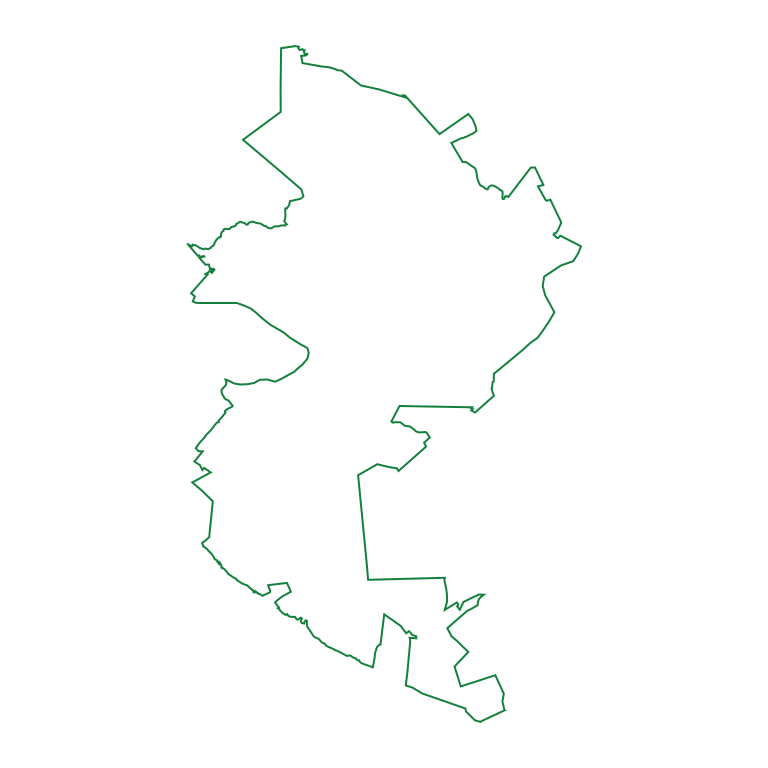 outline of Tzimol, Chiapas, Mexico
{"feature_id": "50627088B1197816312521", "entity_name": "Tzimol", "entity_type": "district", "adm_level": 2, "iso_a3": "MEX", "parent_name": "Mexico", "parent_adm1": "Chiapas", "projection": "albers", "projection_center": [-92.266, 16.109], "detail": "fine", "context": "isolated", "style": "outline", "palette": "green", "viewbox_px": 768, "rotation_deg": 0, "n_neighbors": 0, "source": "geoboundaries", "source_scale": "gbopen_adm2", "svg_char_len": 6098}
<svg xmlns="http://www.w3.org/2000/svg" viewBox="0 0 768 768"><path d="M446.2,588.8L444.4,580.3L444.9,577.8L368.1,579.8L366.8,564.3L358.1,475.2L377.3,464.2L383.2,465.7L390.3,467.3L396.9,468.3L398.5,471.0L426.1,446.6L424.1,442.7L429.8,437.5L427.3,433.7L426.0,432.3L425.1,432.0L420.5,432.4L418.8,432.3L417.2,431.9L415.9,431.3L413.2,428.8L409.5,426.3L405.8,426.0L404.5,425.6L400.4,422.3L395.5,422.2L392.6,422.6L391.4,421.5L399.5,406.0L472.0,407.3L471.0,408.2L472.8,409.1L471.3,410.4L475.1,412.5L493.9,395.8L491.7,389.5L492.7,381.9L493.7,381.5L493.9,373.8L522.5,350.1L530.6,342.7L537.3,338.0L541.1,333.2L547.8,323.4L554.4,312.3L545.2,295.3L542.7,286.0L544.2,276.6L560.7,265.6L573.3,261.1L578.2,253.4L581.0,246.3L560.3,235.7L558.0,238.1L557.5,238.1L556.4,237.4L553.6,234.7L554.4,233.3L555.7,233.3L557.9,230.2L561.3,222.6L550.3,199.6L546.7,200.8L545.4,199.7L538.0,186.3L543.4,185.0L535.0,167.5L530.8,167.6L508.3,197.0L506.6,196.1L505.9,196.0L505.2,196.5L504.0,198.9L502.8,199.0L502.4,197.9L502.3,196.3L502.6,195.4L502.6,193.1L502.3,191.1L499.7,189.6L498.0,188.2L496.0,186.9L493.4,185.6L492.0,185.5L490.5,185.7L489.0,186.9L488.3,187.8L487.8,189.2L486.5,189.3L483.1,186.8L480.2,185.2L479.5,184.0L477.5,179.3L476.9,175.9L476.6,173.2L476.2,171.3L475.3,168.7L473.7,167.2L472.6,166.7L466.2,162.1L462.6,162.0L451.3,142.9L461.5,138.2L463.2,138.0L465.9,136.7L466.9,136.5L470.5,134.6L472.5,133.8L476.5,130.9L475.9,127.8L475.1,125.1L472.5,119.0L468.3,114.0L439.5,134.1L404.9,95.4L403.4,95.4L404.9,97.3L377.8,89.1L376.3,88.9L371.9,87.8L361.0,85.5L341.8,70.7L338.3,70.3L332.3,68.2L328.2,67.1L323.1,66.7L302.5,63.1L301.1,55.9L305.3,55.6L307.3,54.4L307.2,53.8L305.0,54.2L304.6,53.9L304.1,52.4L304.5,50.3L303.5,50.7L302.5,49.1L299.7,50.0L298.3,48.3L298.9,46.8L295.4,46.1L281.1,48.2L280.6,87.4L280.7,111.9L243.0,139.8L279.6,170.7L301.4,189.5L303.4,196.5L300.5,198.8L289.9,201.2L289.2,205.0L289.0,205.4L287.0,208.3L286.6,208.5L286.3,208.2L285.5,208.3L285.2,209.1L285.3,214.2L285.5,214.6L285.3,216.4L285.5,216.8L284.3,221.4L286.7,224.3L285.7,224.5L284.9,225.7L284.4,225.4L281.0,225.5L278.1,226.4L274.4,226.3L272.8,227.5L270.6,228.5L267.3,227.5L265.8,226.1L264.4,225.9L263.3,225.3L260.9,223.7L256.3,222.9L253.0,221.6L251.5,221.8L248.9,222.8L248.1,223.6L247.5,224.7L246.5,224.6L244.1,222.8L242.2,222.5L241.1,221.9L239.8,221.8L237.9,223.3L236.3,223.9L235.9,225.3L234.4,226.4L231.6,226.9L230.3,228.1L229.7,229.0L229.2,229.2L225.0,228.8L223.6,229.5L223.6,230.8L222.0,231.8L220.9,234.1L220.9,236.0L220.7,236.9L220.3,237.2L219.9,236.9L219.2,237.3L216.6,239.5L214.5,243.0L214.4,243.9L213.1,245.9L212.6,246.0L211.4,246.9L210.6,248.0L208.0,249.1L205.2,248.5L203.8,249.2L203.2,249.2L201.9,248.8L201.2,248.3L200.0,248.2L198.7,247.2L195.5,245.2L193.9,245.2L192.8,244.7L192.1,246.0L190.4,245.4L191.1,246.1L190.8,246.1L187.0,243.6L187.8,244.2L197.8,255.8L199.1,255.4L200.1,256.9L203.7,256.0L204.2,256.5L199.4,257.8L205.4,264.7L209.0,264.6L209.9,268.6L213.5,268.8L214.4,269.6L211.9,272.8L210.4,271.5L212.3,269.1L210.7,269.2L208.7,272.1L205.6,274.0L207.6,274.5L191.1,293.2L194.8,296.4L192.8,301.5L195.8,302.8L199.3,303.0L236.9,303.0L243.9,305.5L250.8,308.5L256.2,312.8L262.7,318.7L270.6,324.9L283.6,332.5L290.0,337.7L300.0,344.0L306.8,347.7L307.8,349.0L308.7,353.0L307.4,358.7L302.3,364.8L297.8,368.4L294.0,372.0L288.5,374.8L281.9,378.6L275.4,381.6L273.2,381.2L267.4,379.5L259.8,379.8L254.3,382.9L247.5,384.2L240.3,384.5L234.1,383.5L228.2,380.4L225.5,379.6L226.4,382.2L226.2,383.9L225.6,385.3L221.9,389.4L221.5,390.2L221.5,391.7L222.1,394.0L223.3,395.8L224.6,398.4L225.7,399.2L228.6,400.6L231.1,403.9L232.7,405.7L232.3,406.6L227.9,408.7L226.7,409.7L225.9,410.0L224.8,411.4L225.5,412.6L221.3,417.8L218.5,420.8L218.9,421.9L218.1,422.3L216.9,422.6L215.0,424.8L210.6,430.5L206.6,434.5L205.2,436.2L204.3,437.6L199.0,443.5L195.8,448.2L198.5,451.2L202.7,451.4L194.4,461.5L199.9,465.1L202.4,470.0L204.2,467.9L210.7,472.4L192.3,482.4L202.5,491.2L212.8,501.3L209.2,537.2L204.7,541.1L202.0,543.0L203.2,545.3L203.0,546.2L205.4,547.7L207.2,549.2L208.2,550.3L208.7,551.3L210.3,552.4L212.0,554.4L214.3,558.1L214.8,559.3L217.3,560.5L217.5,560.9L217.3,561.4L217.5,562.0L218.4,562.2L218.5,563.1L219.4,564.4L219.7,564.2L220.0,563.0L221.6,565.9L221.7,566.3L221.4,566.9L221.7,567.9L222.0,567.7L222.5,567.9L224.1,568.9L227.3,572.4L228.0,573.6L234.3,578.1L236.1,578.8L236.5,579.2L236.7,580.0L237.5,580.6L238.0,580.7L239.4,581.8L241.2,582.8L241.8,583.4L247.7,585.6L248.1,586.4L249.8,587.7L250.0,588.2L251.4,589.1L252.0,589.8L253.0,590.3L253.4,592.1L254.5,592.5L255.0,592.3L255.0,591.7L254.5,591.0L254.8,590.9L255.1,591.5L256.3,591.7L256.7,592.6L258.2,593.3L258.5,594.0L260.4,594.3L262.4,595.8L269.8,592.4L270.3,590.8L268.5,586.6L268.1,585.2L286.9,582.9L290.9,591.7L282.2,596.5L276.5,600.9L275.1,602.6L278.8,607.3L277.8,608.1L279.3,609.0L280.1,610.6L281.2,611.4L282.7,613.3L283.7,613.5L285.2,614.7L285.9,615.0L287.1,614.1L288.5,616.0L290.4,616.8L295.0,616.9L296.4,619.0L297.0,619.5L297.7,619.6L298.6,619.3L299.5,618.5L300.8,617.7L301.9,618.6L300.8,620.7L301.2,622.3L301.6,623.0L304.0,623.5L304.6,621.4L306.0,620.3L306.7,620.5L307.0,621.2L306.7,623.2L307.3,626.7L314.1,636.9L318.6,638.8L321.8,642.4L323.7,643.4L324.5,643.4L326.2,645.7L328.2,646.8L332.7,648.7L335.0,650.1L337.7,651.0L339.8,652.1L346.8,655.9L347.3,655.9L349.1,655.4L350.7,655.7L353.5,657.8L356.0,658.5L357.1,660.0L357.7,660.2L359.1,660.3L359.9,661.9L360.9,662.8L363.3,663.9L372.9,667.3L374.7,657.1L375.0,653.1L377.0,647.1L379.6,644.5L380.5,644.5L384.2,614.3L400.7,625.9L406.2,633.3L408.9,631.2L410.5,632.6L412.0,634.8L416.2,636.3L416.3,638.3L409.7,637.8L410.1,639.3L410.2,641.5L407.4,672.2L405.8,685.4L412.9,687.8L422.2,693.5L465.4,708.5L466.0,711.5L474.9,720.3L480.5,721.9L481.5,721.1L504.7,710.3L504.5,710.2L502.4,701.6L503.8,693.7L495.3,675.2L460.8,686.4L454.5,666.5L468.3,652.0L457.4,641.3L451.2,636.0L450.8,634.8L447.3,628.2L467.0,611.0L471.6,608.7L477.5,605.3L478.2,601.1L479.0,599.0L481.0,596.9L483.8,594.7L478.9,594.5L463.5,601.9L459.8,609.8L457.1,606.3L458.3,604.9L457.9,603.7L456.8,602.5L444.8,609.9L447.1,601.5L446.9,594.0L446.2,588.8Z" fill="none" stroke="#15803d" stroke-width="2"/></svg>